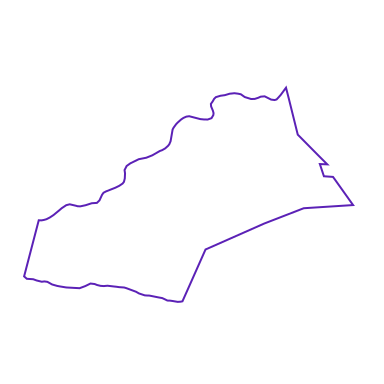 outline of Dirceu Arcoverde, Piauí, Brazil, rotated 184°
{"feature_id": "56859067B92104285124562", "entity_name": "Dirceu Arcoverde", "entity_type": "district", "adm_level": 2, "iso_a3": "BRA", "parent_name": "Brazil", "parent_adm1": "Piauí", "projection": "mercator", "projection_center": [-42.417, -9.344], "detail": "fine", "context": "isolated", "style": "outline", "palette": "violet", "viewbox_px": 384, "rotation_deg": 184, "n_neighbors": 0, "source": "geoboundaries", "source_scale": "gbopen_adm2", "svg_char_len": 1732}
<svg xmlns="http://www.w3.org/2000/svg" viewBox="0 0 384 384"><g transform="rotate(184 192 192)"><path d="M276.7,92.0L273.4,92.0L269.8,92.6L267.6,92.5L265.5,92.4L263.5,92.3L260.6,92.2L258.1,92.0L253.0,92.0L250.8,91.5L240.9,88.6L237.8,87.1L231.9,85.6L229.3,85.6L227.3,85.7L224.2,85.3L218.0,84.5L214.3,84.1L211.4,83.0L209.0,82.0L206.4,82.1L203.6,81.9L198.6,81.4L195.6,81.8L193.9,82.3L189.4,94.6L174.5,135.6L117.9,165.5L79.4,183.6L30.4,190.2L50.3,214.4L52.4,216.9L61.5,216.9L66.4,228.8L59.0,229.0L69.0,237.7L74.8,242.8L90.5,256.6L102.0,292.1L105.5,302.6L110.3,295.0L112.3,292.4L114.1,290.2L116.0,289.5L119.5,289.7L126.2,292.5L130.1,291.9L132.5,290.6L136.0,289.2L139.6,288.9L146.0,290.4L150.1,292.9L153.0,293.3L156.6,293.5L159.3,293.0L161.2,292.7L166.0,290.9L170.3,290.0L174.8,288.3L176.4,286.5L177.7,283.8L179.3,281.2L178.9,278.7L176.8,274.5L176.0,272.2L176.1,270.2L177.7,267.0L181.4,265.4L185.1,265.2L188.8,265.3L200.1,267.4L202.9,266.8L205.7,265.3L207.9,263.6L211.2,260.2L212.6,258.5L214.8,255.0L215.7,253.0L216.9,241.2L218.0,238.0L219.1,236.4L221.8,233.6L224.8,231.6L226.9,230.7L234.2,225.8L240.0,223.0L247.4,221.0L255.5,216.3L259.0,213.4L260.8,209.2L260.1,205.9L260.0,200.8L260.6,197.4L261.8,195.6L265.0,193.1L268.8,190.9L277.8,186.6L280.2,185.1L281.5,183.0L283.7,177.2L286.1,174.5L288.3,174.2L291.2,173.8L297.2,171.4L302.4,169.9L305.0,169.8L306.9,170.2L313.1,171.2L316.5,170.1L320.9,166.7L322.7,164.9L328.6,159.3L332.0,156.7L335.3,154.7L337.8,153.8L340.1,153.2L342.9,153.1L353.6,96.1L350.7,93.9L344.3,93.9L340.8,92.9L335.6,92.0L333.0,92.5L330.0,92.3L325.1,90.0L319.9,88.9L317.3,88.6L310.8,88.0L297.4,88.2L291.9,90.7L289.3,92.2L286.9,93.6L282.7,93.4L280.2,92.6L276.7,92.0Z" fill="none" stroke="#5b21b6" stroke-width="2"/></g></svg>